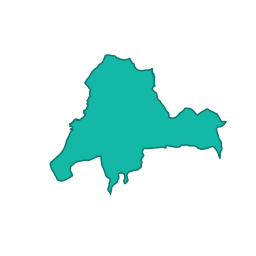 the district of Tao Ngoi, Sakon Nakhon, Thailand, rotated 239°
{"feature_id": "78962969B89728183001998", "entity_name": "Tao Ngoi", "entity_type": "district", "adm_level": 2, "iso_a3": "THA", "parent_name": "Thailand", "parent_adm1": "Sakon Nakhon", "projection": "robinson", "projection_center": [104.177, 16.947], "detail": "fine", "context": "isolated", "style": "filled", "palette": "teal", "viewbox_px": 256, "rotation_deg": 239, "n_neighbors": 0, "source": "geoboundaries", "source_scale": "gbopen_adm2", "svg_char_len": 5777}
<svg xmlns="http://www.w3.org/2000/svg" viewBox="0 0 256 256"><g transform="rotate(239 128 128)"><path d="M192.8,155.8L193.2,155.0L194.1,154.3L195.8,154.1L196.3,153.8L196.8,153.4L201.3,147.9L201.6,147.0L201.7,145.8L200.4,144.2L197.7,140.6L197.2,137.9L197.2,135.9L196.3,133.9L195.6,131.8L195.6,129.1L195.0,127.9L194.6,125.9L193.2,123.7L191.4,120.1L190.7,117.7L190.5,117.3L189.9,116.5L189.6,115.4L189.3,115.0L189.2,114.7L189.0,114.4L188.5,114.3L188.2,114.6L188.0,114.3L187.8,114.4L186.4,114.5L185.8,114.9L185.4,114.9L185.2,115.1L184.8,115.2L183.7,115.2L182.8,115.4L181.7,115.2L181.6,115.3L181.2,115.2L181.1,115.4L180.8,115.7L180.6,115.7L179.5,115.0L178.6,113.8L177.0,113.0L176.5,112.3L175.8,112.2L174.4,112.4L174.3,111.9L174.5,110.2L174.3,109.8L173.7,109.4L172.6,107.7L172.5,107.0L170.7,106.9L170.4,106.6L170.1,106.1L170.1,105.7L169.8,105.2L169.3,105.2L168.9,105.5L168.5,105.6L167.3,104.7L166.9,104.6L166.8,103.9L166.9,103.5L166.7,103.1L166.0,102.7L165.9,102.4L165.5,102.2L165.7,101.7L165.7,101.1L165.4,100.8L165.4,100.1L165.5,99.9L165.0,99.5L165.6,99.0L165.6,98.9L164.8,98.9L164.6,99.0L164.5,98.8L164.7,98.5L164.4,98.3L163.9,98.1L163.3,98.2L163.1,97.9L162.7,98.1L162.9,98.4L162.8,98.5L162.6,98.6L162.4,98.4L162.1,98.7L161.9,98.5L161.5,98.4L161.0,97.9L160.9,97.3L160.2,95.6L160.1,94.8L160.2,94.1L160.0,93.0L159.7,92.4L159.9,91.9L159.7,91.4L159.8,91.2L159.6,90.9L159.7,90.5L159.5,90.2L159.6,89.9L159.8,89.8L159.8,89.6L160.0,89.4L160.2,89.7L160.4,89.4L160.6,89.4L160.9,89.6L161.0,88.7L161.6,88.6L161.4,88.2L161.6,88.2L161.9,88.4L162.0,87.9L162.5,87.9L162.5,86.7L162.6,86.3L162.4,85.7L161.8,85.4L162.0,85.0L161.9,84.9L161.6,84.8L161.5,84.6L161.8,84.4L161.6,84.2L161.7,83.9L160.8,82.8L161.0,82.6L161.4,82.5L161.4,82.3L161.0,82.2L161.0,81.9L161.3,81.5L161.3,80.4L161.5,80.0L160.7,79.7L160.4,79.7L159.2,79.3L158.0,80.9L157.7,81.0L157.3,80.9L156.8,80.6L156.7,80.2L156.6,79.3L156.7,78.4L156.5,78.0L155.6,78.4L155.6,78.9L155.4,79.4L155.1,79.7L154.9,79.5L154.7,79.3L154.1,77.1L153.6,76.3L149.1,69.3L148.2,68.2L146.8,67.1L143.6,63.0L142.0,60.3L140.8,57.3L138.8,47.7L138.3,44.0L138.0,43.4L136.4,42.5L133.0,41.5L126.7,41.4L121.6,41.1L120.7,40.9L120.0,40.9L118.8,41.5L118.3,41.9L116.8,43.7L116.3,45.0L115.8,47.5L115.6,55.4L116.1,55.9L116.8,56.2L121.4,56.7L123.3,57.8L124.4,59.1L124.7,60.2L125.3,62.8L125.5,64.7L125.3,66.3L124.9,68.2L124.5,69.6L123.7,71.5L123.0,73.8L121.8,75.8L120.5,77.5L119.8,82.4L119.4,86.8L118.7,88.5L117.6,90.3L112.7,87.8L111.1,87.1L109.5,86.6L102.3,85.5L99.2,84.7L97.6,84.6L95.5,85.4L94.6,86.0L93.8,86.3L93.0,86.2L91.0,84.5L90.3,83.4L88.2,82.1L86.7,80.0L85.6,79.2L85.1,79.0L83.9,78.9L82.2,79.3L80.8,79.2L83.2,81.8L85.1,83.0L85.7,83.8L86.7,86.4L87.1,90.5L88.5,92.2L89.5,94.0L90.5,94.8L91.4,95.2L92.4,95.3L93.0,95.6L93.4,96.1L93.7,97.0L93.7,97.4L93.5,98.0L92.2,99.9L90.9,100.7L89.8,100.9L89.0,100.7L87.3,99.9L86.0,98.6L85.5,97.9L85.0,97.4L83.0,96.6L82.3,96.5L81.9,96.7L81.9,97.1L82.4,99.5L82.6,100.3L83.0,100.8L83.5,101.2L86.9,102.1L87.8,102.5L88.6,103.1L89.5,104.7L89.8,106.3L89.7,106.9L88.9,109.6L88.6,111.5L87.2,114.3L87.1,114.9L87.6,117.0L87.4,118.3L87.4,118.6L88.1,119.7L88.8,119.8L89.4,120.2L90.8,121.4L92.0,122.6L92.7,122.7L93.7,122.4L94.1,122.6L94.6,124.1L94.9,124.4L95.5,124.6L95.6,126.1L96.3,127.3L96.9,127.4L99.8,127.5L100.4,127.8L102.0,130.2L102.2,130.9L102.2,131.2L101.8,132.0L100.6,133.8L99.0,136.9L95.6,143.9L94.2,147.2L93.5,148.3L91.6,149.7L91.6,150.5L93.3,151.2L93.4,151.3L93.3,151.7L92.4,153.1L91.2,154.1L87.3,158.7L86.5,159.8L85.5,161.7L85.3,162.3L85.5,164.3L85.5,165.7L85.3,166.1L84.3,167.5L83.7,169.0L81.2,171.5L79.7,173.7L78.8,175.3L78.3,175.9L77.8,176.3L76.1,177.3L74.4,177.7L73.4,178.8L72.4,179.5L71.8,180.1L71.4,180.9L70.0,184.9L69.1,189.0L69.2,189.4L69.1,190.0L68.7,191.0L68.1,191.5L66.9,192.1L62.6,192.5L59.9,192.3L56.0,191.3L54.3,191.2L58.6,193.8L59.9,195.2L62.1,198.0L64.6,198.8L66.1,199.5L67.4,200.4L68.4,200.6L71.4,200.5L72.0,200.5L74.4,201.3L75.8,201.6L76.8,201.6L77.2,201.9L78.2,201.9L79.2,202.6L80.9,203.0L81.5,203.4L82.0,203.6L82.3,203.9L82.5,204.5L82.5,205.6L82.2,206.8L81.6,207.5L81.4,208.1L81.3,210.3L81.6,212.1L82.9,215.1L85.1,211.8L85.6,211.4L86.1,211.3L88.2,211.5L91.5,211.4L93.7,211.6L97.0,209.7L99.4,208.0L100.7,207.0L102.9,206.2L103.5,205.7L103.7,204.6L103.7,198.5L103.5,194.8L103.7,193.9L104.1,193.7L109.6,192.6L110.8,192.3L111.7,191.8L113.2,190.6L115.3,187.6L115.4,186.8L115.4,186.5L114.5,184.8L114.1,181.6L114.1,179.9L113.4,178.9L113.2,177.6L112.7,175.6L112.6,174.3L113.0,172.1L113.4,171.3L115.8,168.6L116.5,168.6L117.8,169.6L118.4,169.9L119.5,170.2L120.7,170.3L122.5,169.8L123.7,169.7L127.3,169.9L128.8,169.8L131.7,169.2L134.3,169.3L134.9,169.2L136.4,168.6L137.7,168.5L138.6,168.6L139.7,168.9L142.6,170.2L143.0,170.2L147.2,168.8L148.0,168.7L149.1,169.0L150.2,170.1L150.3,170.4L150.2,170.7L150.3,170.9L150.2,171.2L150.3,171.5L150.0,172.2L150.2,172.5L150.5,172.5L150.6,172.9L151.2,173.0L151.4,172.8L151.7,172.9L152.4,172.7L152.9,173.2L153.0,173.7L153.5,173.5L153.6,173.9L154.2,174.2L154.2,174.5L154.8,174.5L155.1,174.9L155.7,175.0L155.9,175.4L156.2,175.4L156.7,175.9L157.1,175.9L157.3,176.5L158.0,177.1L158.6,177.0L159.0,177.2L159.2,176.8L159.9,176.5L160.0,176.6L159.9,177.0L160.4,177.1L160.5,177.5L160.7,177.4L160.8,176.9L161.0,176.9L161.0,177.3L160.8,177.5L161.3,177.7L161.4,177.4L161.9,177.6L162.5,177.2L163.4,177.8L163.8,177.8L164.0,178.0L164.4,178.0L164.5,178.4L165.3,178.3L165.5,179.0L166.3,179.4L166.5,179.3L166.5,179.1L166.3,178.6L166.3,178.2L166.8,176.0L167.7,174.2L168.7,172.7L169.1,171.1L169.6,170.1L171.7,167.0L172.1,166.6L173.7,165.7L176.5,165.2L177.4,165.2L179.6,166.1L180.0,166.1L180.4,165.9L180.8,165.4L181.6,165.0L182.7,165.4L184.6,165.0L185.7,165.5L186.3,165.3L186.6,164.9L187.8,160.9L188.7,159.4L190.7,157.0L191.5,156.4L192.2,156.2L192.8,155.8Z" fill="#14b8a6" stroke="#0f766e" stroke-width="1.5"/></g></svg>